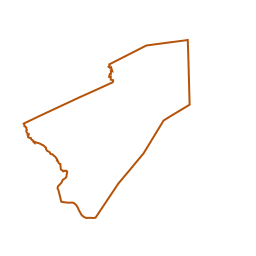 the district of São Gonçalo do Gurguéia, Piauí, Brazil, rotated 333°
{"feature_id": "56859067B20253198394282", "entity_name": "São Gonçalo do Gurguéia", "entity_type": "district", "adm_level": 2, "iso_a3": "BRA", "parent_name": "Brazil", "parent_adm1": "Piauí", "projection": "orthographic", "projection_center": [-45.45, -10.118], "detail": "fine", "context": "isolated", "style": "outline", "palette": "amber", "viewbox_px": 256, "rotation_deg": 333, "n_neighbors": 0, "source": "geoboundaries", "source_scale": "gbopen_adm2", "svg_char_len": 1468}
<svg xmlns="http://www.w3.org/2000/svg" viewBox="0 0 256 256"><g transform="rotate(333 128 128)"><path d="M35.1,163.4L36.8,164.8L38.3,165.7L40.1,167.0L44.1,169.0L45.6,170.0L46.8,172.9L47.0,173.9L47.1,177.4L46.9,178.9L47.2,184.5L47.6,185.8L48.9,188.0L50.0,189.2L54.2,191.2L55.9,192.3L57.1,192.7L58.3,193.2L94.2,173.1L111.2,165.9L117.4,163.2L130.3,157.7L163.1,137.5L170.9,136.8L193.5,135.2L214.8,90.4L221.2,76.7L203.3,70.4L190.3,65.8L181.7,62.8L140.2,62.8L140.0,64.1L138.5,64.6L139.2,66.1L140.5,66.2L140.0,68.9L139.8,70.2L138.8,69.1L138.0,70.8L137.0,72.4L136.2,71.8L134.4,73.8L135.9,74.6L135.2,75.7L134.6,77.1L135.4,77.7L136.4,78.7L135.9,79.6L135.2,80.3L115.9,79.5L97.6,78.6L57.1,77.2L37.1,76.7L37.1,78.1L36.5,79.4L37.2,80.2L37.6,81.6L37.0,82.7L37.0,83.9L36.1,84.4L35.7,85.7L36.1,87.0L35.5,88.2L36.7,88.6L35.7,89.7L34.8,90.5L35.8,92.2L36.9,93.0L36.7,94.6L37.7,96.0L37.4,97.5L38.1,99.1L38.8,98.2L39.8,99.5L40.7,100.1L42.1,101.6L42.9,102.4L43.6,103.9L44.7,105.0L45.4,107.1L46.0,108.2L45.4,109.6L45.6,111.6L46.5,112.9L47.3,114.1L47.1,115.8L47.9,116.6L48.9,117.4L49.2,118.7L50.0,120.3L50.2,121.4L50.4,122.8L50.7,123.8L49.9,124.7L50.6,125.9L50.3,126.9L50.6,128.6L51.4,129.4L50.7,130.9L49.4,134.4L50.2,136.1L50.6,137.2L51.7,137.0L52.5,137.9L53.6,138.0L54.0,139.4L52.7,141.1L51.7,142.3L51.1,143.4L50.0,144.1L47.7,144.4L46.0,144.7L45.0,145.7L43.7,146.6L41.2,147.5L39.3,148.1L38.5,148.9L37.8,149.8L37.8,151.9L35.1,163.4Z" fill="none" stroke="#b45309" stroke-width="2"/></g></svg>